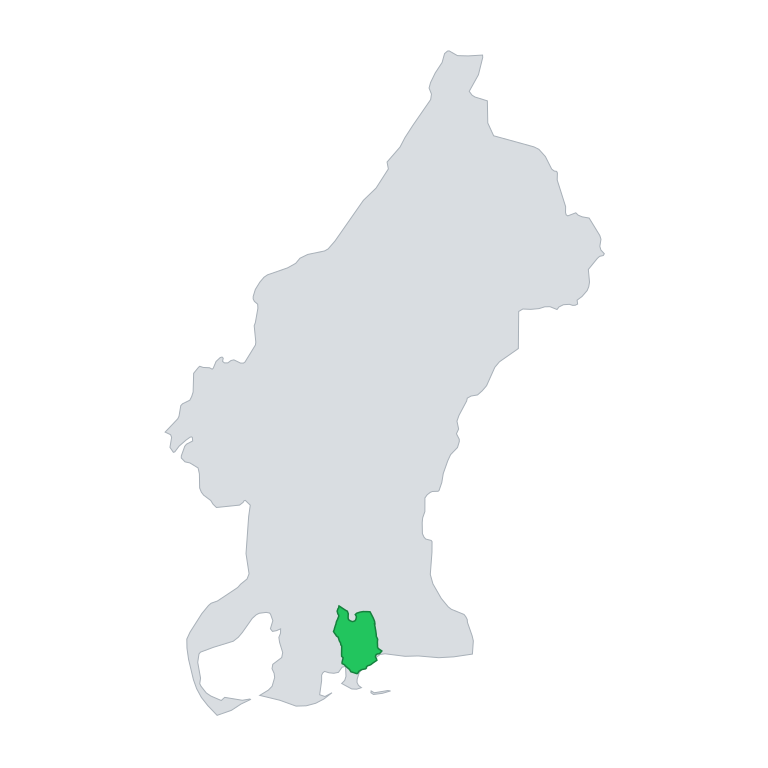 Balkanabat, Balkan, Turkmenistan shown in context, rotated 271°
{"feature_id": "10190150B87050240782827", "entity_name": "Balkanabat", "entity_type": "district", "adm_level": 2, "iso_a3": "TKM", "parent_name": "Turkmenistan", "parent_adm1": "Balkan", "projection": "robinson", "projection_center": [54.258, 39.343], "detail": "fine", "context": "in_parent", "style": "filled", "palette": "green", "viewbox_px": 768, "rotation_deg": 271, "n_neighbors": 0, "source": "geoboundaries", "source_scale": "gbopen_adm2", "svg_char_len": 5492}
<svg xmlns="http://www.w3.org/2000/svg" viewBox="0 0 768 768"><g transform="rotate(271 384 384)"><path d="M212.0,249.0L249.1,251.0L260.5,252.4L265.2,247.4L264.9,246.2L263.2,245.2L260.4,241.7L257.6,218.6L260.8,215.2L264.5,212.8L269.7,205.6L272.6,203.3L276.8,201.5L290.9,201.0L296.8,199.6L301.7,191.3L302.7,186.4L306.5,182.6L308.6,182.6L318.3,185.9L320.4,187.6L323.7,193.7L327.3,193.3L327.8,192.3L327.4,191.0L324.6,187.2L318.4,180.3L312.5,176.0L312.0,174.6L316.9,171.1L327.0,172.6L329.6,171.5L332.1,166.0L345.6,178.4L348.2,179.6L358.8,181.2L360.7,182.9L364.4,190.1L368.0,191.9L372.6,193.3L391.4,193.5L397.5,198.3L398.5,199.5L397.4,202.9L397.2,209.3L395.8,211.9L396.8,213.0L403.6,215.7L407.6,219.8L408.1,221.6L407.0,222.8L403.8,222.2L402.3,224.1L402.4,227.5L404.8,230.6L405.5,233.5L402.4,240.2L402.4,243.0L403.5,244.6L420.8,254.8L423.6,255.1L440.0,253.2L443.1,254.3L457.6,256.6L461.6,256.3L464.3,253.0L466.8,251.7L469.3,251.7L476.3,253.7L483.7,258.1L488.6,262.1L491.1,265.6L498.4,285.5L503.1,293.6L508.3,297.8L512.2,305.5L516.0,322.3L518.1,325.8L526.1,332.5L567.3,360.2L579.8,372.7L599.1,384.6L606.0,383.2L621.2,395.9L630.8,400.7L643.2,408.4L669.2,425.7L674.7,426.4L680.7,423.9L686.2,425.3L695.9,429.8L706.5,436.5L715.4,438.8L718.0,441.7L718.2,443.3L713.6,451.7L713.5,462.4L714.6,476.8L712.2,477.0L694.8,473.0L678.1,464.1L674.3,467.0L672.5,470.0L668.9,482.4L646.8,483.2L634.1,489.3L623.7,529.8L621.3,534.8L614.2,541.4L601.8,547.9L599.9,550.5L599.6,552.9L598.0,553.7L591.0,553.6L564.5,562.5L558.6,562.5L556.3,563.2L555.3,564.8L558.5,572.8L556.2,575.2L554.6,579.2L553.5,586.2L536.2,597.2L532.5,598.4L525.4,597.4L521.8,598.5L518.1,602.0L516.3,601.0L515.4,597.4L513.4,595.2L502.1,586.3L489.5,587.7L484.8,587.0L481.0,585.5L475.0,580.5L471.2,575.6L467.3,576.2L466.1,573.9L465.9,571.3L466.9,568.0L466.4,562.0L464.1,557.6L461.5,555.7L464.2,548.6L464.0,543.4L462.1,537.7L461.2,529.5L461.4,521.5L458.9,517.4L421.8,517.7L408.2,499.0L402.6,494.5L384.1,486.6L378.9,482.3L374.7,477.7L373.5,471.3L371.3,467.5L368.4,466.9L353.9,459.5L348.1,457.6L340.3,459.4L335.5,457.3L330.1,460.2L327.8,460.3L321.8,458.6L314.5,451.8L308.4,449.1L295.5,444.8L286.5,443.5L278.5,440.9L277.7,440.0L277.4,434.2L276.3,431.9L274.0,429.1L270.8,426.9L257.2,427.1L250.9,425.0L246.0,424.6L235.1,425.0L231.7,426.6L229.7,428.4L228.4,433.9L227.2,434.8L216.7,434.9L194.4,433.6L185.0,436.4L170.6,445.0L162.3,452.1L159.9,455.3L155.0,468.0L152.8,469.8L150.0,471.3L147.1,471.6L133.8,476.5L128.7,477.8L115.5,477.1L112.4,458.4L111.3,443.5L112.7,423.0L112.1,409.8L114.3,389.7L113.5,384.8L106.7,376.0L105.8,369.8L101.7,369.5L95.0,364.3L88.4,362.3L85.2,362.2L82.2,363.7L80.0,366.7L78.4,362.0L78.5,357.1L83.8,346.9L87.0,349.9L91.0,351.1L101.0,350.5L100.1,347.0L94.9,343.5L93.9,338.9L94.3,334.1L95.6,329.6L94.1,327.8L91.8,326.7L86.3,326.8L72.2,325.1L70.5,330.4L74.4,337.4L68.0,329.4L63.6,321.3L60.9,311.9L60.4,301.7L66.0,285.3L70.5,265.2L75.9,273.7L79.8,277.4L88.6,279.8L92.8,279.2L97.4,277.0L101.8,277.7L108.7,286.5L113.7,287.4L123.9,284.1L128.8,283.3L133.0,284.9L137.4,284.9L135.5,280.8L134.7,276.8L137.3,274.7L145.4,277.0L151.8,274.6L153.0,273.6L153.6,270.2L152.6,263.3L151.1,260.4L147.4,256.4L133.1,246.7L128.3,242.8L124.2,237.8L117.7,217.9L112.7,205.2L110.8,203.7L102.5,202.6L86.7,205.7L81.1,205.0L78.5,206.4L72.0,211.7L69.0,216.3L64.7,226.8L67.9,230.2L65.3,247.9L66.7,255.4L66.2,256.0L61.5,246.6L55.1,237.2L49.8,222.9L59.3,213.5L67.4,206.9L76.1,202.0L85.1,198.6L105.3,193.4L116.5,191.6L125.5,191.3L132.5,194.4L151.3,205.9L159.5,212.4L161.8,215.0L164.1,221.2L178.0,241.3L181.3,244.1L186.7,250.5L191.9,252.4L212.0,249.0ZM77.6,393.2L77.2,395.9L74.7,387.8L73.4,378.9L75.1,376.3L76.9,376.5L75.1,379.7L77.6,393.2Z" fill="#d9dde1" stroke="#a8b0b8" stroke-width="1"/><path d="M103.7,347.0L103.2,348.1L102.6,349.3L101.5,350.3L100.1,351.9L99.1,353.1L98.1,354.4L96.9,355.2L95.7,355.9L94.8,359.1L94.3,360.5L93.9,362.1L94.4,362.9L96.2,363.8L97.2,365.3L98.1,366.9L98.5,368.7L98.9,370.6L99.8,371.4L100.8,371.4L102.0,372.5L102.3,373.7L103.1,375.6L104.7,377.6L106.3,379.8L107.6,381.7L108.6,381.4L109.3,381.2L110.2,380.5L111.1,380.2L112.7,380.5L113.5,381.3L114.1,382.3L114.1,383.7L114.8,384.7L117.0,386.5L117.5,385.8L118.2,384.7L118.9,383.7L119.4,382.9L120.3,382.4L120.9,382.1L122.4,382.1L125.6,381.9L126.2,381.9L128.7,382.1L130.2,381.4L131.3,380.8L131.4,380.7L133.5,380.6L137.4,380.0L138.8,379.7L140.5,379.4L143.2,378.8L143.3,378.9L144.1,378.7L144.1,379.1L146.6,378.7L149.9,377.3L152.9,375.7L156.0,374.0L156.1,371.7L156.1,367.1L155.5,364.0L154.4,360.8L153.0,359.3L151.7,360.1L151.2,360.4L150.6,360.4L150.3,360.4L149.0,360.2L147.6,359.7L146.9,359.2L146.5,358.7L146.1,357.5L145.9,356.5L146.0,356.0L146.1,355.8L146.4,355.0L146.5,354.7L146.6,354.4L147.0,353.8L147.2,353.5L147.5,353.1L147.8,352.7L148.1,352.6L149.0,352.3L149.2,352.2L150.0,352.2L150.5,352.2L152.1,352.2L153.0,352.3L153.6,352.3L154.4,352.0L155.7,351.5L156.3,351.2L156.8,350.1L157.2,349.3L157.4,349.1L158.0,348.1L159.6,345.6L161.2,343.1L161.3,342.9L159.3,342.5L158.3,341.8L157.2,341.5L156.1,341.1L153.3,341.9L152.7,342.3L152.2,342.7L151.0,342.8L150.2,342.5L148.6,341.9L147.5,341.5L145.9,340.7L145.5,340.6L143.7,340.2L143.2,340.2L142.3,339.8L140.3,339.2L138.6,338.7L137.7,338.6L135.7,337.8L134.3,338.7L133.2,339.5L132.6,340.0L131.3,340.8L130.5,341.9L130.1,342.6L127.4,343.5L126.2,343.9L125.1,344.6L124.5,345.0L124.1,345.1L122.4,345.4L121.3,346.3L119.9,346.3L117.5,346.3L115.3,346.3L113.2,346.3L111.0,346.4L109.6,347.9L105.0,346.9L103.7,347.0Z" fill="#22c55e" stroke="#15803d" stroke-width="1.5"/></g></svg>